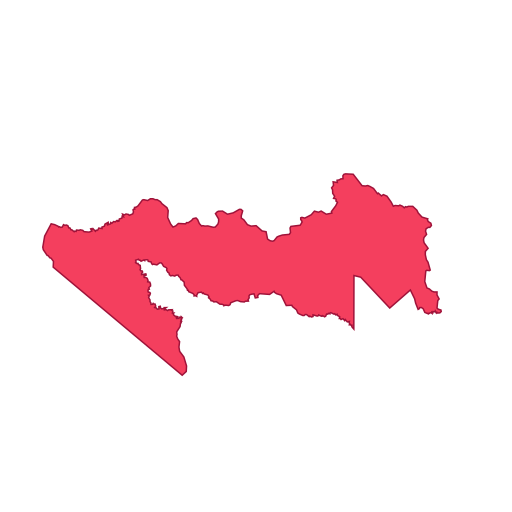 Chitambo, Central, Zambia, rotated 310°
{"feature_id": "96606910B62371668778538", "entity_name": "Chitambo", "entity_type": "district", "adm_level": 2, "iso_a3": "ZMB", "parent_name": "Zambia", "parent_adm1": "Central", "projection": "natural_earth1", "projection_center": [30.302, -12.89], "detail": "fine", "context": "isolated", "style": "filled", "palette": "rose", "viewbox_px": 512, "rotation_deg": 310, "n_neighbors": 0, "source": "geoboundaries", "source_scale": "gbopen_adm2", "svg_char_len": 6150}
<svg xmlns="http://www.w3.org/2000/svg" viewBox="0 0 512 512"><g transform="rotate(310 256 256)"><path d="M394.9,363.7L392.5,358.2L393.2,352.7L394.5,349.8L394.8,344.2L392.0,340.8L390.4,340.0L389.9,338.8L388.2,338.6L388.3,336.3L387.5,333.5L386.2,333.1L384.1,330.1L382.4,329.2L384.2,324.8L386.0,317.9L384.9,314.1L382.7,313.5L382.8,309.2L381.8,309.0L383.3,302.6L382.5,298.5L381.8,296.3L380.0,294.9L378.0,292.1L381.1,277.9L376.4,271.7L375.0,270.8L373.3,271.0L371.1,273.0L369.6,271.4L367.9,270.9L366.1,269.4L364.6,271.1L362.4,267.4L359.9,270.0L356.8,270.1L355.9,272.1L353.3,274.5L352.3,277.8L350.0,278.4L351.0,280.2L350.8,281.1L349.5,281.9L349.5,283.9L345.8,284.8L338.5,285.2L337.6,286.5L333.2,283.0L332.3,277.0L329.7,275.7L327.9,271.9L323.1,271.8L319.2,270.2L316.4,269.0L315.1,266.3L314.0,265.7L312.7,266.8L312.2,268.7L311.5,269.5L308.0,270.1L301.1,263.7L299.3,264.1L296.1,267.4L294.0,267.6L289.0,262.7L286.0,260.8L284.2,259.9L279.4,260.0L278.0,259.2L276.8,257.1L276.4,254.0L281.1,248.1L279.1,244.6L279.3,236.6L275.7,233.0L274.5,229.3L275.9,223.4L275.6,220.4L277.3,218.9L282.0,216.8L282.1,214.6L281.1,213.3L274.4,210.8L269.7,207.3L268.9,201.5L266.2,198.5L265.0,197.9L262.4,197.7L260.3,203.6L258.1,205.4L256.0,206.3L252.0,206.2L250.6,204.9L248.1,199.8L246.1,197.7L245.1,195.8L244.0,195.0L244.4,191.8L246.4,187.8L246.6,185.6L244.2,183.8L241.8,183.8L238.0,182.7L236.9,181.3L235.4,181.4L231.0,175.6L227.5,175.2L224.8,173.8L225.6,170.1L228.7,163.6L234.3,159.6L235.8,156.7L235.6,150.3L236.2,147.8L235.6,144.1L234.3,142.5L233.6,140.2L232.0,138.3L228.9,137.4L227.0,133.8L225.9,133.0L218.6,133.4L216.6,132.9L215.1,131.7L213.9,133.0L213.3,132.2L212.3,132.1L211.0,133.8L209.1,134.5L205.7,132.8L205.9,131.7L204.6,129.4L202.9,128.8L202.3,126.9L200.9,129.3L200.5,127.9L198.8,128.9L196.5,127.5L194.6,128.6L193.8,127.9L194.4,127.5L193.8,126.6L191.7,126.3L190.9,124.8L188.4,124.5L188.3,123.2L186.9,123.8L184.4,122.3L184.8,121.6L185.8,122.1L186.8,121.1L183.4,119.8L181.4,120.7L179.1,119.4L178.1,120.4L176.3,117.6L174.6,118.1L173.4,117.8L173.1,117.0L171.7,117.1L172.2,113.4L171.3,113.4L171.1,112.2L170.5,111.9L169.6,114.2L167.0,112.8L164.1,108.6L164.3,106.8L163.1,104.5L162.0,104.0L160.5,101.8L159.2,102.4L158.5,101.1L157.7,101.1L157.7,98.1L157.1,97.5L157.9,95.4L157.2,94.5L158.3,92.4L157.9,90.9L156.6,89.8L156.3,88.4L153.6,89.0L152.4,88.0L152.1,86.6L151.4,86.2L151.6,85.3L150.6,81.6L149.0,78.4L135.4,81.3L125.7,87.0L124.1,89.0L122.2,95.6L122.7,96.5L122.1,99.2L122.6,100.5L121.7,104.3L117.1,107.8L117.2,276.1L122.7,276.8L127.1,273.5L132.3,265.6L133.9,258.8L136.7,255.5L141.3,252.5L142.1,249.4L143.6,246.7L145.0,246.0L146.9,244.0L153.1,243.2L156.1,241.3L156.8,241.6L157.4,240.8L158.0,240.9L157.8,240.2L159.2,240.0L159.7,239.6L159.6,239.1L161.3,239.3L161.4,237.6L160.7,237.9L159.9,236.7L158.7,237.0L157.1,235.3L157.6,234.6L158.3,235.4L159.2,235.0L157.9,232.6L157.9,230.9L158.6,229.7L159.5,229.7L158.6,228.6L160.4,227.7L160.2,226.3L160.9,226.2L158.5,223.6L157.4,223.4L157.0,221.4L155.8,220.4L156.4,219.7L158.7,220.3L157.4,218.8L156.8,219.3L154.9,217.7L154.8,216.3L156.0,215.0L154.8,214.1L153.1,215.7L151.8,214.6L152.1,212.8L151.4,211.5L153.2,211.4L154.3,209.5L153.3,208.3L153.5,207.7L152.5,207.8L151.4,206.7L152.5,205.6L153.0,204.0L154.2,203.1L155.1,200.5L156.5,200.0L156.8,198.9L157.9,199.8L159.6,199.0L159.8,197.9L159.1,196.7L159.7,195.8L161.2,194.9L162.0,195.6L162.9,194.2L165.3,194.5L166.8,193.1L167.7,191.4L166.6,189.6L167.9,189.0L169.0,187.0L168.6,185.1L167.7,184.2L169.1,182.7L170.0,182.9L170.0,183.7L170.8,184.1L171.5,183.1L168.2,180.3L169.2,179.5L170.8,179.5L171.4,178.5L170.6,177.2L171.0,176.0L172.1,175.7L174.4,173.3L173.9,171.5L174.5,170.3L173.7,169.7L173.5,168.1L174.2,168.1L175.4,166.5L178.0,168.1L177.7,169.2L178.3,170.0L178.1,171.3L180.8,172.6L180.9,173.5L181.3,173.1L183.2,175.0L183.4,175.9L182.6,176.9L184.0,179.4L183.0,181.1L183.0,182.3L183.8,182.6L185.5,185.8L188.7,186.6L189.7,187.6L189.8,188.7L188.7,191.9L189.4,194.8L189.1,195.9L187.7,196.6L186.9,198.8L187.0,200.5L186.0,201.6L186.0,203.5L187.4,204.5L188.4,206.7L189.9,207.1L191.3,208.6L190.7,209.9L190.7,211.7L189.6,213.8L190.0,214.4L189.8,217.8L187.5,220.0L186.6,224.2L185.7,225.5L186.2,226.1L185.4,227.4L186.7,231.6L186.6,233.4L185.6,234.2L186.7,235.2L187.0,236.5L187.9,235.7L190.7,235.2L193.2,237.4L193.0,239.2L193.8,239.4L193.6,240.7L195.2,244.2L194.4,246.4L193.5,246.5L193.5,248.8L192.8,250.3L193.7,251.7L193.7,253.2L195.5,255.0L195.9,259.3L197.2,261.0L197.8,262.9L197.3,263.3L198.9,264.4L200.5,266.9L202.0,267.4L204.0,266.7L208.9,269.4L210.2,270.7L211.1,273.5L213.3,276.6L214.5,276.9L216.6,279.2L217.4,278.0L219.5,277.7L220.9,276.3L222.2,276.1L223.8,277.1L225.7,278.8L223.4,282.4L225.5,284.1L226.7,282.7L229.4,282.9L235.3,291.1L240.6,292.5L240.1,293.7L240.3,295.9L242.2,300.5L237.5,311.0L241.3,315.1L240.7,316.4L240.8,321.6L239.2,324.7L239.4,326.4L240.5,330.1L241.3,331.1L242.8,331.3L243.7,332.5L243.7,335.7L244.4,335.7L245.0,337.8L246.3,338.6L247.6,337.5L249.3,341.5L250.5,342.2L251.1,341.9L251.9,344.8L252.8,345.0L252.6,345.5L253.5,346.4L253.4,347.5L254.5,348.1L256.9,347.4L257.6,348.4L258.6,348.3L259.2,349.8L259.8,349.3L260.7,349.7L261.6,353.1L262.4,353.4L262.1,354.9L263.5,355.6L262.8,356.5L263.3,359.1L261.7,360.0L262.3,360.7L262.0,362.0L263.9,362.9L263.5,365.5L264.7,365.2L264.2,368.3L265.9,369.6L264.7,370.2L264.2,371.9L263.4,371.8L264.6,374.0L263.9,374.2L263.3,375.3L262.9,377.9L304.0,343.6L307.1,349.9L302.1,391.9L329.2,396.1L325.2,405.0L322.5,408.6L319.3,414.5L320.7,415.0L321.6,414.5L322.8,415.7L323.1,417.9L321.3,421.6L322.4,425.1L322.8,424.8L323.4,425.7L324.4,425.9L325.2,426.7L325.2,427.7L326.1,426.8L326.3,427.9L327.2,427.3L328.2,428.9L329.1,428.6L328.2,430.8L329.1,430.8L328.8,431.5L330.6,433.4L332.5,433.6L333.5,432.4L332.4,429.8L332.5,428.1L338.7,423.9L340.8,423.9L342.5,419.7L344.8,417.8L342.9,415.5L342.1,413.3L342.2,410.0L341.4,407.5L344.9,401.7L353.7,395.7L354.8,396.0L356.3,398.3L357.2,398.5L361.8,391.8L362.7,388.9L365.8,384.9L368.4,382.8L372.5,382.9L374.2,376.2L376.0,374.0L378.1,372.8L382.2,372.8L384.0,369.9L386.1,368.8L388.6,369.5L389.7,370.8L392.1,370.8L393.5,368.9L393.1,365.7L394.0,364.0L394.9,363.7Z" fill="#f43f5e" stroke="#9f1239" stroke-width="1.5"/></g></svg>